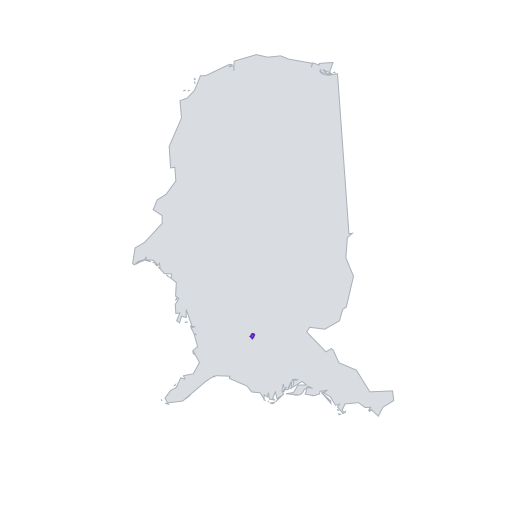 Morgan, Tennessee, United States of America shown in context, rotated 71°
{"feature_id": "52423323B10498305298620", "entity_name": "Morgan", "entity_type": "district", "adm_level": 2, "iso_a3": "USA", "parent_name": "United States of America", "parent_adm1": "Tennessee", "projection": "orthographic", "projection_center": [-84.667, 36.142], "detail": "fine", "context": "in_parent", "style": "filled", "palette": "violet", "viewbox_px": 512, "rotation_deg": 71, "n_neighbors": 0, "source": "geoboundaries", "source_scale": "gbopen_adm2", "svg_char_len": 4364}
<svg xmlns="http://www.w3.org/2000/svg" viewBox="0 0 512 512"><g transform="rotate(71 256 256)"><path d="M396.7,198.2L421.5,192.6L428.0,170.8L437.6,172.8L440.3,185.2L447.3,192.5L438.5,197.1L438.4,199.5L436.3,196.9L434.8,202.2L428.0,206.8L424.9,220.0L430.0,224.8L432.8,223.7L431.6,221.5L432.7,222.4L433.4,225.0L425.3,228.0L423.3,225.4L423.0,229.4L413.4,231.5L406.5,237.4L407.0,234.5L406.1,232.7L404.8,239.7L407.1,240.7L407.0,246.5L402.7,254.5L396.9,250.4L399.6,245.4L396.3,249.0L398.2,254.1L400.7,256.8L401.5,260.1L396.0,272.7L397.3,265.0L391.7,258.3L394.4,250.4L389.5,253.2L392.2,264.2L387.0,261.2L385.4,261.7L386.6,258.1L386.5,257.0L385.0,259.9L385.1,262.2L392.9,266.0L391.4,268.1L387.8,264.5L386.4,263.9L391.0,268.3L392.9,269.0L392.0,271.9L389.6,269.9L393.5,273.9L392.7,274.6L390.8,272.5L386.0,271.9L392.1,275.5L395.7,275.0L400.2,285.0L396.4,277.4L397.8,282.5L390.8,282.0L396.1,286.6L398.5,285.0L395.7,289.9L389.0,288.8L393.2,290.9L389.8,293.5L394.1,294.9L386.7,296.6L383.2,304.3L376.1,306.8L363.0,321.1L361.2,319.7L356.3,332.3L355.9,335.4L358.4,344.9L369.3,372.5L366.1,387.4L360.8,388.4L355.4,380.7L354.3,374.2L346.7,366.8L349.2,363.3L345.6,363.5L347.0,353.7L338.3,344.1L324.9,346.4L322.6,340.7L309.5,339.9L311.3,337.8L308.9,339.9L302.9,340.8L303.0,336.4L301.9,339.4L284.0,339.4L291.5,342.0L288.7,345.9L294.3,350.1L291.3,352.1L285.0,346.5L284.4,350.5L275.6,348.2L271.0,342.7L267.8,345.1L255.2,340.0L247.3,344.9L249.3,343.5L245.4,341.7L242.8,348.4L234.5,351.9L236.5,350.8L231.4,349.5L233.0,352.0L226.7,354.2L223.6,361.5L221.0,359.9L223.1,362.3L222.8,369.3L224.8,373.9L222.9,375.1L209.0,367.7L206.9,357.0L194.6,334.1L187.2,331.6L178.8,338.2L170.7,331.1L168.4,320.9L158.9,307.3L145.8,303.9L144.9,308.1L124.1,302.4L101.3,281.5L84.4,277.3L84.3,269.6L79.5,260.4L67.5,249.8L69.1,244.9L66.1,218.6L67.3,216.5L68.4,220.3L68.8,215.0L73.7,216.7L64.7,213.3L65.7,190.1L71.8,180.3L74.8,167.5L80.5,161.0L92.1,140.0L95.7,142.4L91.9,139.3L96.1,134.1L94.5,133.5L98.1,120.2L106.5,126.8L101.4,132.2L106.8,129.2L103.9,134.3L100.9,134.6L102.5,135.6L105.3,134.2L108.6,129.1L110.2,119.6L265.3,160.9L265.9,157.5L268.3,163.6L287.0,171.6L306.9,170.4L333.6,187.2L334.8,191.5L344.4,198.2L347.6,214.8L340.9,228.4L344.3,232.8L369.4,221.1L368.0,214.9L370.2,213.7L384.0,212.3L396.7,198.2ZM416.6,234.0L420.8,232.7L406.4,238.5L418.1,232.2L416.6,234.0ZM108.3,125.1L107.9,129.0L107.6,129.5L107.1,126.1L108.3,125.1ZM224.7,372.6L223.4,366.2L223.9,362.8L223.8,366.5L224.7,372.6ZM439.6,197.4L439.8,199.4L439.1,199.1L439.6,197.4ZM271.0,344.6L271.3,346.1L269.9,344.8L271.0,344.6ZM70.9,257.4L72.7,257.3L72.8,257.6L70.9,257.4ZM69.4,256.2L68.5,256.9L68.2,255.9L69.4,256.2ZM429.1,227.8L428.2,229.1L427.8,228.9L429.1,227.8ZM225.3,359.7L223.9,362.3L227.1,357.3L225.3,359.7ZM366.1,363.4L368.2,368.8L365.7,362.9L366.1,363.4ZM77.6,265.1L77.9,266.9L77.5,265.2L77.6,265.1ZM367.0,388.1L365.4,390.0L368.0,386.2L367.0,388.1ZM401.0,288.5L399.5,290.8L400.5,285.5L401.0,288.5ZM108.4,121.7L107.9,122.7L107.7,122.0L108.4,121.7ZM232.9,353.1L230.0,354.1L233.0,352.7L232.9,353.1ZM433.2,227.7L433.3,229.1L432.0,229.0L433.2,227.7ZM76.3,269.1L76.3,271.1L76.0,269.2L76.3,269.1ZM229.2,355.0L228.0,355.6L229.1,354.6L229.2,355.0ZM401.0,262.5L399.5,265.6L401.2,261.3L401.0,262.5ZM246.4,346.0L244.4,346.9L247.2,345.3L246.4,346.0ZM356.7,333.8L356.4,336.1L356.2,334.5L356.7,333.8ZM394.7,295.2L394.2,295.7L395.8,293.8L394.7,295.2ZM329.7,345.9L327.5,347.1L326.6,346.9L329.7,345.9ZM302.1,340.3L301.7,340.7L300.4,340.6L302.1,340.3ZM351.8,374.4L352.2,376.0L351.4,374.1L351.8,374.4ZM296.2,343.3L295.8,344.8L295.8,342.1L296.2,343.3ZM361.9,392.2L360.7,392.4L362.4,391.9L361.9,392.2ZM406.7,247.6L406.0,249.1L406.8,247.0L406.7,247.6ZM398.2,291.4L397.5,292.0L397.4,291.9L398.2,291.4Z" fill="#d9dde1" stroke="#a8b0b8" stroke-width="1"/><path d="M330.0,283.1L329.8,283.1L329.8,283.3L329.7,283.3L329.5,283.5L329.4,283.5L329.3,283.8L329.1,283.8L328.9,283.9L328.7,283.9L328.6,284.4L328.4,284.6L328.4,284.9L328.5,285.0L328.4,285.1L328.5,285.2L328.7,285.3L329.0,285.8L329.1,285.7L329.2,285.8L329.3,286.1L329.9,286.7L330.2,287.5L330.3,287.4L330.6,287.3L330.7,287.2L330.8,287.1L331.1,287.1L331.7,286.8L332.0,286.8L332.5,286.4L332.6,286.2L332.8,286.2L332.5,285.7L332.2,285.6L332.1,285.4L331.9,285.3L332.0,285.1L331.8,284.8L331.8,284.7L331.1,284.4L331.0,284.1L330.8,284.0L330.7,284.1L330.0,283.1Z" fill="#8b5cf6" stroke="#5b21b6" stroke-width="1.5"/></g></svg>